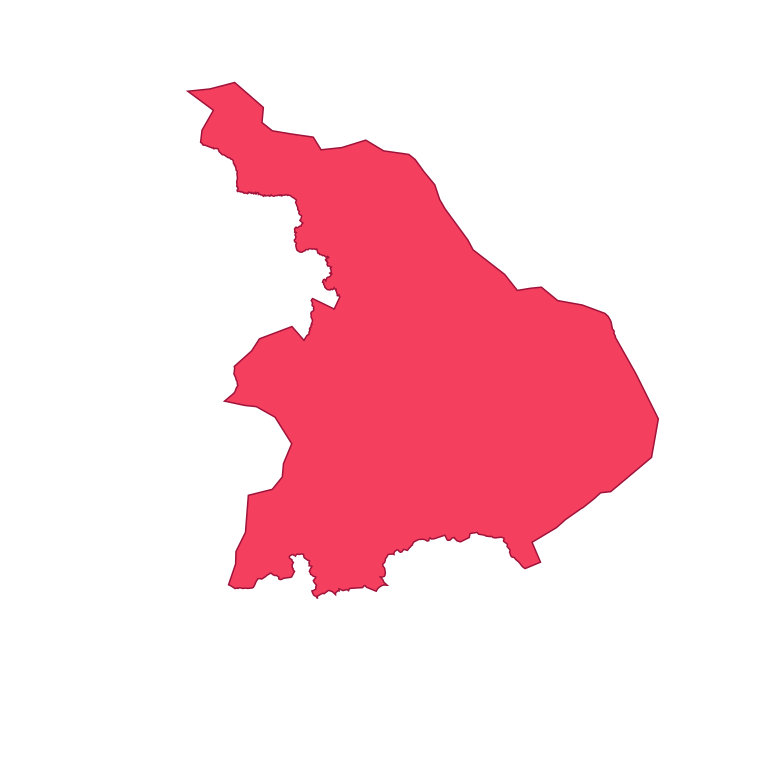 the district of Cecerleg, Hövsgöl, Mongolia, rotated 198°
{"feature_id": "93677404B82623555846083", "entity_name": "Cecerleg", "entity_type": "district", "adm_level": 2, "iso_a3": "MNG", "parent_name": "Mongolia", "parent_adm1": "Hövsgöl", "projection": "albers", "projection_center": [98.091, 49.505], "detail": "fine", "context": "isolated", "style": "filled", "palette": "rose", "viewbox_px": 768, "rotation_deg": 198, "n_neighbors": 0, "source": "geoboundaries", "source_scale": "gbopen_adm2", "svg_char_len": 6171}
<svg xmlns="http://www.w3.org/2000/svg" viewBox="0 0 768 768"><g transform="rotate(198 384 384)"><path d="M106.9,396.9L112.3,435.6L147.3,471.3L178.4,499.9L178.7,500.9L181.1,503.3L181.3,505.0L181.8,505.7L183.8,507.0L187.1,513.0L188.5,514.7L191.8,517.6L195.6,519.4L219.8,520.4L244.6,517.0L264.2,524.7L274.1,520.4L286.1,514.2L303.1,525.5L340.7,539.1L348.8,546.9L380.0,569.4L388.1,576.7L397.2,589.1L411.1,597.9L423.7,607.1L431.3,610.0L456.4,605.6L476.7,610.3L497.2,595.8L516.2,587.3L527.6,596.9L550.8,592.9L568.5,590.3L580.8,594.9L584.2,609.7L619.2,624.6L641.0,610.7L661.1,601.8L630.8,591.6L635.5,569.1L633.1,557.1L631.1,556.6L630.9,556.0L629.7,555.3L628.3,555.8L619.9,555.4L619.3,555.9L618.5,555.1L616.8,556.1L614.5,556.4L612.6,554.1L608.7,552.1L607.0,552.5L602.3,551.1L600.7,551.5L599.5,550.6L598.2,550.7L596.5,550.0L595.2,547.1L594.0,546.7L593.7,545.6L592.7,545.3L592.4,544.6L592.0,544.5L590.7,541.6L589.2,540.9L588.8,538.4L586.9,534.4L586.6,530.7L585.4,528.0L585.1,526.3L584.4,526.3L583.1,524.7L583.0,524.3L583.5,523.8L583.5,522.7L582.8,521.8L581.7,522.4L579.7,522.4L579.1,523.0L578.1,522.5L577.1,522.9L576.3,522.2L573.8,523.0L572.5,522.8L572.2,523.3L572.2,524.3L572.0,524.7L570.6,524.4L569.7,525.1L569.4,524.4L568.7,524.4L567.7,525.3L566.8,524.6L565.7,525.4L565.6,526.0L565.0,525.2L564.5,525.1L564.2,525.3L564.4,526.1L563.2,527.2L562.7,527.0L562.1,525.4L560.8,526.2L559.7,525.7L558.4,526.1L556.6,525.3L556.2,525.7L556.2,526.6L555.9,526.9L554.8,526.3L552.0,527.6L550.8,527.2L550.3,527.8L550.2,528.6L549.6,529.0L548.8,528.4L546.6,528.6L545.6,529.6L543.4,530.3L542.4,531.4L541.1,531.0L540.7,531.8L540.3,532.0L539.3,531.3L538.6,532.3L536.2,533.2L535.3,534.0L534.1,533.5L533.1,534.1L531.4,534.3L528.3,533.1L527.0,533.2L526.6,532.7L524.6,532.2L524.0,531.6L524.3,529.6L520.5,525.0L520.1,523.6L518.8,522.3L518.0,522.3L517.9,520.5L517.6,519.9L516.5,519.0L514.8,518.8L514.3,518.4L513.9,515.5L514.6,513.7L513.9,513.1L511.2,512.3L510.9,511.9L511.8,510.3L511.6,508.7L512.9,508.1L514.7,505.6L516.1,506.0L516.9,504.4L516.9,503.4L516.1,502.2L515.9,500.8L514.3,500.9L514.7,499.7L514.7,498.5L514.4,497.8L513.3,497.1L513.1,494.3L513.8,493.4L513.7,492.9L512.9,491.7L511.1,491.2L510.8,490.4L510.9,488.9L509.5,486.3L507.9,484.2L504.9,483.5L502.7,484.0L501.5,485.5L500.3,486.3L500.0,487.6L497.6,488.3L497.1,489.7L493.9,490.1L492.5,490.9L490.7,490.8L489.7,491.5L487.1,487.9L486.0,488.1L485.1,487.3L483.6,487.6L482.0,487.1L480.8,487.7L478.3,486.7L477.9,486.9L477.4,487.8L475.8,487.5L475.7,487.1L477.9,484.8L478.0,484.0L477.3,483.5L475.8,483.8L476.5,483.3L476.5,482.7L474.9,481.9L475.3,480.4L473.9,478.8L472.5,479.3L471.3,478.8L470.2,478.9L470.8,477.4L469.8,476.3L468.7,474.1L469.9,472.7L468.9,472.2L467.9,472.6L468.0,470.9L469.0,468.9L470.1,468.5L471.1,467.5L471.1,466.0L471.6,465.3L471.3,464.3L473.0,465.2L473.7,464.6L473.9,463.7L473.9,461.8L472.5,461.4L472.3,460.3L471.0,459.1L470.0,457.6L467.1,456.3L464.4,456.7L463.5,458.0L462.3,457.7L461.2,459.0L461.1,460.0L460.2,459.2L458.8,459.3L458.8,458.1L458.1,457.5L456.2,454.9L455.8,453.6L454.9,453.7L454.9,454.7L454.6,454.9L452.9,453.2L454.5,439.9L478.3,443.2L478.7,442.4L479.0,440.9L477.1,439.2L476.8,436.8L476.2,436.2L474.8,435.9L474.3,433.8L473.9,433.4L473.8,431.9L475.3,429.9L475.4,428.5L474.5,426.9L473.9,424.9L472.6,423.7L471.6,422.2L471.4,421.2L471.6,418.8L471.0,418.4L471.5,417.9L471.2,414.9L471.9,414.3L471.9,413.2L471.1,412.8L471.3,409.8L470.8,408.9L470.8,408.1L471.0,407.5L471.7,407.2L472.4,405.9L473.6,400.8L489.3,410.2L516.4,388.5L520.1,374.6L531.8,354.5L530.8,352.4L529.8,347.1L527.2,344.4L525.7,342.0L524.7,341.4L523.4,338.5L522.5,337.3L523.2,334.9L523.4,330.4L524.0,328.7L530.4,318.4L509.8,320.6L498.4,323.0L477.4,318.8L453.3,298.7L455.0,277.3L452.0,264.1L457.7,249.3L478.6,236.2L469.9,200.1L473.0,179.0L469.5,166.9L469.8,145.0L467.1,144.7L462.5,143.4L460.6,144.6L459.8,144.4L458.4,145.7L455.1,145.9L452.7,147.1L450.3,147.5L446.2,149.4L445.5,150.1L445.0,151.9L444.6,156.4L443.8,159.6L442.3,160.5L440.0,160.7L437.1,164.3L436.3,165.8L433.2,169.3L430.7,168.3L428.8,168.1L427.0,168.7L424.4,167.9L423.9,166.2L422.3,165.9L420.8,166.7L419.7,168.1L412.8,171.4L412.2,172.1L411.2,178.2L413.1,179.2L413.5,180.5L414.4,181.0L415.5,183.6L415.0,186.3L416.5,187.0L417.2,188.4L420.1,189.2L420.8,190.8L419.2,192.9L418.1,193.6L415.0,193.0L414.7,194.7L414.1,195.3L412.3,195.6L409.7,197.0L407.9,197.0L406.6,194.6L405.9,194.0L402.3,192.9L400.1,192.7L400.1,190.5L399.3,189.8L399.1,188.0L396.4,188.5L396.2,188.2L396.9,185.3L397.1,182.7L395.7,181.7L395.0,180.3L394.1,180.3L391.9,179.3L389.3,179.4L389.2,178.4L390.5,175.2L389.3,173.9L386.0,171.7L386.2,170.1L385.5,167.9L387.1,165.9L388.6,165.1L388.4,164.5L386.2,162.0L385.0,161.2L383.0,161.1L380.9,159.3L381.7,161.1L381.4,162.2L377.6,166.1L376.2,166.0L373.3,170.1L372.5,170.7L368.8,170.5L365.0,168.7L365.5,170.4L364.3,172.6L363.7,173.1L362.7,173.3L363.5,175.3L359.2,174.8L355.8,177.0L353.8,176.5L353.7,178.7L352.5,179.4L341.5,183.7L340.4,186.2L339.6,186.4L337.8,185.3L327.4,184.5L326.8,187.2L326.1,188.7L324.5,190.9L322.4,192.7L318.8,193.6L322.9,195.5L324.6,197.5L327.8,199.3L325.8,200.0L324.3,201.1L324.0,202.1L324.3,204.8L326.5,209.0L328.7,210.5L329.3,211.9L329.4,212.6L328.5,214.0L328.2,215.4L328.6,218.6L327.9,220.2L327.4,223.2L323.2,225.0L321.8,224.9L322.2,225.9L322.2,227.4L321.9,228.3L320.4,230.2L319.6,230.5L317.3,229.2L316.3,229.1L315.2,229.8L314.2,232.8L310.3,233.0L309.1,236.4L308.5,237.1L307.9,238.9L307.2,239.6L307.4,240.7L306.9,242.9L303.0,246.8L298.9,248.4L296.9,248.6L294.4,248.0L293.0,248.8L293.2,250.2L292.7,251.9L291.1,251.2L288.6,252.2L279.4,259.0L275.8,255.3L275.1,255.1L273.3,255.7L272.7,256.3L271.5,258.8L269.6,259.7L269.4,259.1L266.0,257.4L262.5,257.5L255.5,264.3L255.9,268.0L255.6,268.6L249.5,271.6L247.6,270.4L241.7,271.3L239.8,270.9L235.7,271.7L234.8,272.4L233.0,271.7L230.5,272.1L225.0,274.6L222.3,274.4L222.0,274.3L221.9,271.7L221.6,271.3L217.1,269.8L216.7,267.5L213.0,265.2L212.7,264.6L212.6,262.9L210.1,259.6L209.0,259.0L206.4,259.2L204.9,258.0L200.5,256.2L196.2,253.2L193.2,252.1L192.6,252.2L180.1,262.9L194.3,279.2L175.6,300.7L169.6,311.0L158.3,326.1L156.5,328.0L148.7,339.9L144.4,347.5L135.1,351.7L106.9,396.9Z" fill="#f43f5e" stroke="#9f1239" stroke-width="1.5"/></g></svg>